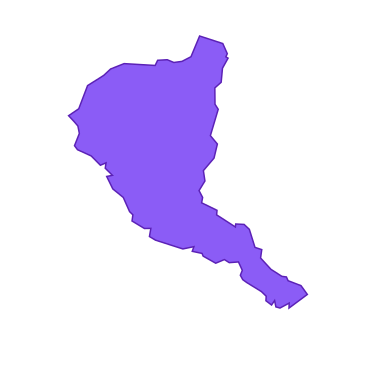 Marion, South Carolina, United States of America (Mercator projection), rotated 336°
{"feature_id": "52423323B89464999427747", "entity_name": "Marion", "entity_type": "district", "adm_level": 2, "iso_a3": "USA", "parent_name": "United States of America", "parent_adm1": "South Carolina", "projection": "mercator", "projection_center": [-79.345, 33.998], "detail": "fine", "context": "isolated", "style": "filled", "palette": "violet", "viewbox_px": 384, "rotation_deg": 336, "n_neighbors": 0, "source": "geoboundaries", "source_scale": "gbopen_adm2", "svg_char_len": 1216}
<svg xmlns="http://www.w3.org/2000/svg" viewBox="0 0 384 384"><g transform="rotate(336 192 192)"><path d="M113.0,79.9L114.6,85.3L112.9,92.7L103.5,101.9L104.6,106.8L114.6,118.1L119.2,130.3L125.3,130.4L122.4,135.0L126.1,144.4L120.4,143.1L120.9,157.0L127.0,169.0L127.0,184.6L128.7,188.8L125.4,194.1L133.7,206.0L139.6,208.5L135.0,215.4L139.1,221.2L160.5,240.3L171.5,242.7L168.1,246.3L176.2,252.2L176.1,255.1L184.7,266.7L194.1,266.9L197.3,271.7L206.0,274.8L206.1,284.0L202.3,287.7L202.7,292.7L205.2,297.0L214.9,311.2L217.4,317.4L215.3,321.4L218.7,327.6L223.3,324.8L221.9,331.1L225.2,333.8L235.6,333.0L233.4,337.5L255.7,332.5L253.5,321.9L243.7,312.1L243.7,308.0L239.8,305.6L232.7,294.8L227.8,280.2L232.3,273.0L227.0,268.2L229.2,249.4L226.4,242.8L218.9,239.0L217.4,241.6L205.2,222.9L207.4,218.9L196.4,205.8L199.5,201.3L199.0,193.6L208.3,187.2L211.1,177.1L225.9,170.0L234.7,158.5L231.7,148.0L249.6,127.1L248.7,121.2L255.2,106.2L263.3,103.6L270.2,91.3L279.4,84.4L277.9,82.3L280.5,80.0L280.5,68.9L262.4,52.6L246.1,68.0L236.0,68.6L228.1,66.3L223.2,61.1L214.2,57.7L209.8,61.4L182.2,47.1L167.7,46.5L159.0,49.5L156.0,50.0L139.9,52.3L122.4,69.9L110.3,72.1L113.0,79.9Z" fill="#8b5cf6" stroke="#5b21b6" stroke-width="1.5"/></g></svg>